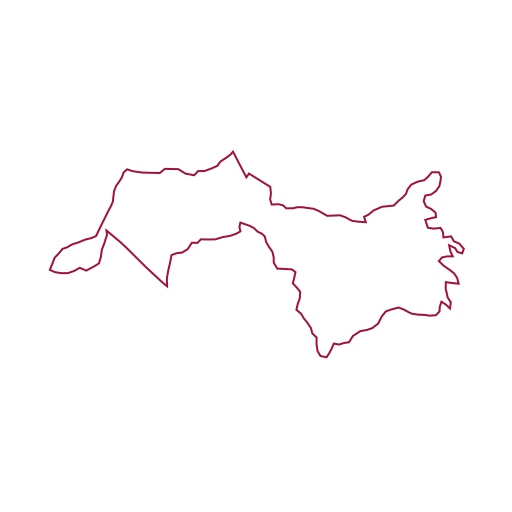 the district of Vargeão, Santa Catarina, Brazil, rotated 76°
{"feature_id": "56859067B23018615290529", "entity_name": "Vargeão", "entity_type": "district", "adm_level": 2, "iso_a3": "BRA", "parent_name": "Brazil", "parent_adm1": "Santa Catarina", "projection": "orthographic", "projection_center": [-52.122, -26.799], "detail": "fine", "context": "isolated", "style": "outline", "palette": "rose", "viewbox_px": 512, "rotation_deg": 76, "n_neighbors": 0, "source": "geoboundaries", "source_scale": "gbopen_adm2", "svg_char_len": 2676}
<svg xmlns="http://www.w3.org/2000/svg" viewBox="0 0 512 512"><g transform="rotate(76 256 256)"><path d="M244.2,141.7L249.8,141.3L247.7,147.7L245.2,154.2L240.0,159.9L236.8,164.7L235.4,171.8L234.2,177.2L230.8,180.8L227.6,184.1L224.1,188.7L222.1,193.8L220.1,198.7L218.7,203.6L218.6,208.6L217.1,215.1L213.2,217.7L211.2,221.6L209.9,228.3L204.6,228.6L199.0,226.4L192.4,225.4L174.3,242.9L177.3,246.3L149.2,253.1L151.6,256.6L153.5,261.2L155.8,267.8L159.2,271.7L160.3,278.1L161.1,285.4L159.6,291.6L162.7,296.5L159.0,304.5L152.9,310.4L149.4,323.4L152.2,329.3L147.5,346.3L144.0,354.9L140.7,360.1L142.9,364.2L147.0,366.9L150.7,370.7L154.0,374.6L158.6,378.0L168.7,381.8L172.3,384.5L175.8,387.7L192.8,402.2L197.9,406.3L198.8,411.3L198.8,417.8L199.9,425.2L200.2,431.3L201.9,437.4L202.3,442.1L205.1,445.7L209.1,451.9L214.7,455.8L219.6,459.4L223.0,455.0L225.4,449.6L227.1,442.7L226.5,436.0L224.8,429.9L229.1,424.2L226.9,415.6L225.2,410.2L219.5,406.8L212.7,404.1L207.6,400.5L203.0,397.7L199.5,395.5L195.1,394.9L209.9,384.1L216.9,379.6L241.1,364.9L256.9,354.6L263.9,349.6L256.4,348.0L248.7,344.6L241.1,340.7L234.6,337.7L234.1,331.9L234.8,327.0L232.9,320.7L227.6,315.0L229.1,309.6L226.5,305.4L228.3,298.8L230.0,291.6L229.6,283.9L230.2,276.3L229.6,269.9L228.3,265.1L224.0,265.1L219.8,263.1L222.2,259.4L225.1,255.0L228.3,251.3L232.6,248.7L235.7,245.0L239.2,242.7L244.8,242.8L249.9,241.3L255.8,239.1L261.4,239.1L266.7,240.4L273.4,238.4L275.6,231.0L277.7,224.4L281.2,221.6L286.5,224.2L291.4,226.9L296.4,224.1L301.4,221.8L307.8,223.8L312.8,227.2L318.0,229.8L322.9,226.2L328.1,224.7L332.2,222.7L339.2,220.1L344.7,220.1L349.7,216.9L355.7,218.5L363.2,219.3L368.7,217.6L371.3,212.0L367.7,208.1L363.7,204.6L359.8,201.7L362.0,196.8L361.7,191.5L362.2,186.6L357.1,181.4L354.1,172.9L354.6,166.7L354.1,160.6L351.1,153.8L345.1,148.6L341.2,143.5L340.6,137.9L340.5,130.0L344.1,125.1L347.4,121.6L350.0,118.2L352.2,112.6L353.9,106.8L355.9,101.9L357.0,95.7L354.1,91.3L350.0,90.1L345.2,87.1L349.3,83.3L353.9,80.5L348.1,78.2L342.4,80.1L338.2,79.9L333.7,79.9L327.3,78.1L329.7,72.2L331.9,66.1L326.0,66.1L320.7,68.0L315.9,71.8L310.8,76.3L305.2,79.8L302.4,75.9L302.6,70.8L303.9,65.2L298.0,66.3L292.3,66.0L296.4,61.0L300.9,59.4L303.3,55.3L299.3,52.6L293.1,55.8L289.6,60.4L284.2,61.9L283.3,69.7L278.1,68.8L273.4,70.2L272.4,77.1L270.2,82.4L261.9,83.0L261.7,77.7L261.8,71.9L257.3,71.3L252.7,74.7L249.2,79.0L243.3,80.0L238.3,77.1L238.7,71.2L236.4,65.5L232.6,61.2L228.2,59.0L223.8,57.3L219.0,58.3L217.3,65.1L220.8,70.0L223.1,74.4L223.0,81.3L224.3,88.1L228.0,92.8L232.1,95.5L234.7,99.6L236.8,104.1L240.4,110.2L239.6,115.7L238.7,121.9L240.2,130.7L243.1,136.9L244.2,141.7Z" fill="none" stroke="#9f1239" stroke-width="2"/></g></svg>